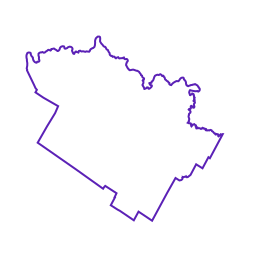 Monte, Buenos Aires, Argentina, rotated 168°
{"feature_id": "61730980B93860432283235", "entity_name": "Monte", "entity_type": "district", "adm_level": 2, "iso_a3": "ARG", "parent_name": "Argentina", "parent_adm1": "Buenos Aires", "projection": "equal_earth", "projection_center": [-58.915, -35.5], "detail": "fine", "context": "isolated", "style": "outline", "palette": "violet", "viewbox_px": 256, "rotation_deg": 168, "n_neighbors": 0, "source": "geoboundaries", "source_scale": "gbopen_adm2", "svg_char_len": 5864}
<svg xmlns="http://www.w3.org/2000/svg" viewBox="0 0 256 256"><g transform="rotate(168 128 128)"><path d="M188.1,99.0L165.0,73.8L163.7,75.1L162.3,76.1L152.8,66.6L155.6,62.9L155.3,62.7L160.9,56.0L155.0,50.2L153.2,48.7L141.5,36.5L135.1,44.0L123.7,32.3L103.1,56.5L91.9,69.2L88.6,66.0L86.8,66.0L85.6,66.6L85.0,67.7L85.0,67.9L85.1,68.1L84.5,68.4L84.5,68.7L83.9,68.4L82.4,68.5L81.6,68.2L81.2,68.6L80.6,67.6L79.7,67.6L76.6,69.1L68.9,78.3L63.5,73.1L55.4,82.7L54.2,81.4L36.6,102.3L37.0,102.4L37.8,102.0L38.6,102.5L38.9,101.9L39.9,101.5L40.6,101.5L40.9,101.1L41.2,101.0L41.4,101.3L41.4,101.6L40.7,102.2L40.7,102.5L40.8,102.7L41.1,103.0L41.7,103.2L42.2,103.6L42.6,103.7L43.3,103.3L43.7,103.4L43.9,103.7L43.8,104.4L44.7,104.9L45.6,106.6L46.6,107.6L46.7,108.3L46.9,108.5L47.8,109.0L48.2,109.0L49.1,108.7L49.8,109.1L50.9,109.1L52.1,109.5L52.4,109.7L52.5,110.0L51.8,110.1L51.7,110.4L51.8,110.7L53.1,111.4L53.8,111.5L54.0,112.1L54.6,112.3L55.0,112.7L55.3,112.6L55.6,112.1L56.2,112.2L56.8,111.9L57.4,112.4L57.9,112.9L59.4,113.2L59.9,114.1L60.4,114.0L60.9,113.3L61.2,113.4L61.3,113.7L61.0,114.6L61.5,115.1L61.5,115.4L61.0,116.0L61.0,116.4L62.0,117.3L62.4,118.0L62.6,118.0L63.2,117.7L63.8,117.9L64.0,117.9L64.8,117.0L65.6,116.4L65.7,116.6L65.5,117.2L65.8,117.8L65.5,118.7L65.6,119.3L66.0,119.6L67.3,119.9L68.5,120.7L68.3,120.9L67.6,121.3L66.9,122.0L66.9,122.8L66.4,123.4L66.2,124.4L66.4,125.8L66.4,126.5L66.2,127.2L65.8,127.8L65.6,128.1L65.6,128.7L65.3,129.2L63.8,130.1L63.5,130.8L63.4,131.2L63.6,131.8L64.3,132.6L64.8,133.4L64.4,133.8L64.0,133.9L63.0,133.7L62.5,134.1L62.3,134.5L62.3,135.6L62.0,136.3L61.6,136.5L61.2,136.4L60.8,135.9L60.4,135.4L60.0,134.3L59.3,134.2L58.9,134.5L58.6,135.0L58.7,137.0L58.5,137.8L57.3,138.8L57.3,139.4L57.4,139.7L58.2,140.6L58.3,140.9L58.0,141.2L57.4,141.0L57.1,141.0L57.1,141.3L57.0,141.9L57.4,142.4L57.4,142.6L57.3,142.9L56.6,143.5L56.5,143.8L57.0,144.2L57.0,144.8L56.7,145.3L56.9,146.2L56.7,146.5L56.9,147.6L57.1,147.8L58.0,148.4L58.8,147.6L59.5,147.7L60.3,147.2L60.5,147.3L60.8,149.9L60.3,151.2L59.4,152.1L57.9,151.3L55.5,150.3L54.3,149.9L52.4,149.7L51.9,149.1L51.5,149.0L50.2,149.8L49.7,151.1L49.8,151.8L50.3,152.6L50.3,153.0L50.5,153.1L51.0,154.6L51.3,155.3L52.0,155.7L52.9,156.8L53.5,157.0L54.3,156.8L55.2,157.0L55.9,156.8L57.9,156.9L58.7,156.6L59.1,156.7L60.5,156.4L60.8,156.6L61.2,157.2L61.6,157.3L61.8,157.6L62.0,158.4L62.0,159.8L61.8,160.7L62.0,161.8L62.3,162.5L62.5,163.0L63.1,163.7L63.2,164.1L63.1,164.6L63.1,165.2L63.7,165.9L65.2,166.0L66.0,165.7L66.7,165.3L68.0,164.0L68.9,163.3L69.5,163.4L70.5,163.8L71.5,163.7L74.2,162.8L75.7,161.9L76.8,161.0L77.7,161.4L78.4,162.2L78.1,163.3L78.2,163.6L78.9,164.0L79.1,165.0L80.4,166.2L80.8,167.0L81.5,167.7L81.6,168.0L81.7,169.9L82.3,170.6L82.4,171.5L82.8,171.9L83.6,171.7L83.9,171.9L84.3,173.1L85.3,173.9L86.1,173.7L86.8,173.4L88.2,174.0L89.3,173.9L90.7,173.5L91.6,172.5L93.2,169.8L94.1,168.9L95.2,168.5L95.5,167.5L95.9,167.3L97.2,167.5L97.8,167.4L97.8,167.0L97.2,165.4L96.8,165.1L96.2,165.0L95.9,164.7L95.9,164.2L96.1,163.8L96.8,163.1L98.7,162.1L99.2,162.0L99.6,162.1L99.9,162.4L100.1,163.5L100.6,163.7L101.2,163.7L101.9,163.1L102.7,163.0L103.6,162.7L103.9,162.8L104.0,164.5L104.5,165.5L104.5,166.0L104.8,166.5L104.9,167.1L103.6,168.8L103.5,169.2L103.3,170.2L103.8,171.3L103.3,171.9L102.4,172.0L102.0,173.2L103.2,174.5L103.4,175.1L103.4,176.3L104.2,176.9L104.4,178.2L105.2,179.7L105.4,180.5L106.9,182.0L107.7,182.2L110.5,183.9L111.4,184.1L113.7,184.1L114.3,184.2L114.7,184.5L115.0,185.3L115.8,186.3L115.9,187.2L116.3,188.0L116.5,189.0L116.8,190.0L116.5,190.7L116.4,191.1L115.9,191.7L115.6,192.5L114.6,193.2L114.2,193.8L114.2,194.1L114.3,195.0L114.7,195.6L115.0,195.8L116.5,195.9L117.0,196.3L117.2,196.5L117.3,196.9L117.2,197.3L117.3,197.8L117.9,197.8L118.6,197.4L119.1,197.6L119.7,197.6L120.9,197.8L121.8,197.8L122.3,198.1L122.9,199.3L124.6,199.1L125.3,198.7L125.8,199.2L126.1,200.0L126.4,200.1L126.6,200.6L127.0,200.8L127.9,201.0L128.4,201.5L128.5,201.3L128.9,201.8L129.5,202.0L129.9,202.4L130.5,203.3L130.6,203.9L130.4,205.0L131.3,207.0L131.3,208.2L132.6,209.4L133.0,211.0L133.1,211.5L133.6,212.2L134.1,212.3L135.0,213.3L135.7,214.9L136.5,216.1L137.2,218.0L137.3,218.7L136.6,221.2L136.5,222.2L136.5,222.8L136.9,223.3L138.4,223.7L139.0,223.5L140.8,222.4L141.9,220.6L142.3,219.2L142.4,218.3L143.2,215.7L144.0,214.3L145.4,213.5L146.3,213.5L147.1,213.1L147.8,213.0L148.6,212.5L149.1,211.6L150.1,210.7L150.3,210.7L151.1,211.1L151.7,211.2L152.7,211.6L153.9,211.4L156.0,212.4L157.5,212.5L158.2,213.0L158.6,213.5L159.3,213.6L160.1,213.5L160.4,213.0L160.7,212.2L160.9,212.1L161.2,212.5L162.2,212.9L162.9,213.6L163.3,213.6L163.7,213.1L164.5,212.9L165.0,211.9L165.3,211.7L165.8,211.9L166.0,212.1L166.3,213.0L166.7,215.2L166.4,215.9L166.0,216.4L165.8,217.0L165.8,217.4L166.0,218.2L166.9,219.2L168.2,219.7L169.8,219.5L171.0,218.8L172.5,218.6L173.1,218.7L173.5,219.1L173.5,220.0L173.6,221.0L174.1,221.3L175.1,221.6L176.6,221.4L177.4,220.9L178.0,220.3L178.5,219.2L178.8,218.8L180.0,218.0L180.7,217.9L181.0,218.0L181.9,219.2L182.8,219.9L183.7,221.0L184.7,221.2L185.4,221.0L186.5,221.2L186.8,220.9L187.2,220.1L187.7,219.9L189.2,220.9L189.9,221.0L190.7,220.5L192.6,219.8L193.3,219.3L193.8,219.2L194.6,219.1L195.9,220.1L196.8,219.9L197.4,220.1L198.3,220.1L199.5,219.7L200.1,219.2L200.5,217.4L200.3,215.8L200.8,214.1L200.8,213.7L200.6,213.1L200.7,212.1L201.2,211.6L201.6,211.4L202.0,211.4L202.8,211.7L203.3,211.5L203.8,210.9L204.3,211.0L205.5,211.9L206.4,213.6L206.6,215.7L206.4,216.5L206.7,217.3L207.3,218.1L207.8,220.0L207.6,221.4L207.9,221.9L208.5,222.2L209.4,222.5L210.5,222.4L210.8,222.3L211.6,221.2L212.1,220.4L212.4,219.4L212.7,217.6L212.6,216.4L212.9,214.8L213.0,212.4L213.6,209.9L214.5,207.8L214.7,207.2L214.5,206.1L214.8,205.4L211.0,189.9L210.2,186.3L209.2,184.3L211.1,182.1L204.4,175.2L191.8,163.9L196.2,157.7L206.8,146.5L219.4,132.4L188.1,99.0Z" fill="none" stroke="#5b21b6" stroke-width="2"/></g></svg>